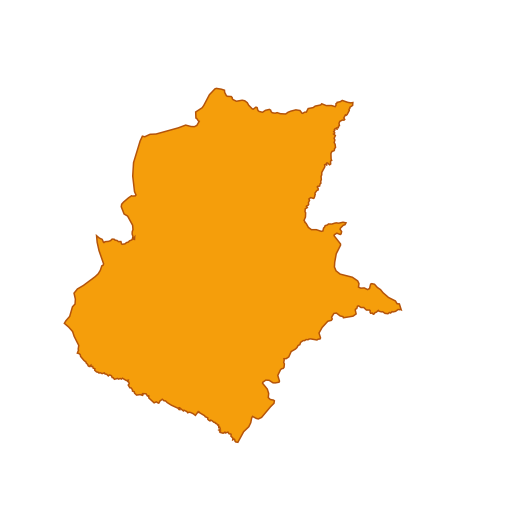 outline of Luiza, Kasaï-Occidental, Democratic Republic of the Congo, rotated 113°
{"feature_id": "63176286B81146580347594", "entity_name": "Luiza", "entity_type": "district", "adm_level": 2, "iso_a3": "COD", "parent_name": "Democratic Republic of the Congo", "parent_adm1": "Kasaï-Occidental", "projection": "albers", "projection_center": [22.518, -7.202], "detail": "fine", "context": "isolated", "style": "filled", "palette": "amber", "viewbox_px": 512, "rotation_deg": 113, "n_neighbors": 0, "source": "geoboundaries", "source_scale": "gbopen_adm2", "svg_char_len": 6141}
<svg xmlns="http://www.w3.org/2000/svg" viewBox="0 0 512 512"><g transform="rotate(113 256 256)"><path d="M248.8,101.3L244.1,105.3L244.8,107.5L242.9,110.1L242.4,117.9L240.1,124.9L238.3,128.2L237.5,132.1L235.7,135.9L236.2,138.6L237.1,139.5L241.5,138.8L243.3,140.1L243.1,143.9L244.7,147.0L244.6,149.5L241.2,150.4L239.2,152.7L237.9,159.0L239.8,171.5L238.4,176.5L235.5,179.5L231.0,181.1L222.6,183.0L213.0,182.4L211.9,182.9L206.8,192.1L205.8,192.2L203.4,190.5L203.3,186.9L202.4,186.3L200.1,186.7L198.5,189.1L197.2,189.1L193.7,187.7L192.4,186.3L190.3,186.1L190.9,189.1L193.5,192.7L194.1,195.0L195.1,196.5L197.0,198.7L198.2,201.8L199.6,202.5L201.0,204.2L202.6,204.2L203.9,204.7L206.8,204.2L207.8,205.5L208.2,210.8L210.1,215.3L209.2,219.0L206.4,222.6L205.8,224.3L205.2,224.5L204.5,225.7L200.8,225.7L196.8,227.2L196.1,228.2L193.3,229.1L191.4,227.7L190.7,229.0L190.2,229.0L189.0,227.9L187.9,227.7L186.4,228.6L183.8,228.5L182.9,229.6L180.9,228.5L180.5,225.5L179.9,225.2L177.8,225.3L177.1,225.7L176.5,225.4L175.1,226.3L172.0,225.6L170.9,224.6L169.5,225.2L168.5,226.6L167.7,226.4L166.8,224.8L164.6,225.2L163.7,224.7L161.5,225.8L160.4,225.6L157.3,227.2L155.6,227.2L153.4,228.1L146.9,227.5L145.2,228.5L144.4,227.5L144.8,225.9L143.7,227.4L142.7,227.2L142.4,226.4L143.3,223.9L142.1,223.2L139.8,224.4L139.2,224.4L138.5,223.7L137.3,224.8L132.3,227.1L130.0,226.9L128.7,225.4L127.8,225.2L126.6,225.7L125.0,225.2L122.3,226.8L121.0,228.4L118.4,228.7L117.2,230.1L114.1,230.0L113.4,232.2L112.7,231.6L111.7,231.8L111.1,233.1L109.7,232.6L108.9,233.3L107.9,232.9L107.5,231.1L106.6,231.9L105.7,230.3L104.4,230.8L103.4,230.1L101.5,231.4L99.4,231.5L97.1,229.6L96.6,228.1L95.6,227.7L94.7,229.1L91.2,228.8L91.3,228.0L90.2,227.4L85.6,227.0L84.7,227.7L83.5,227.3L82.5,227.7L79.6,225.9L76.9,226.8L78.0,228.5L78.7,231.5L79.1,237.4L81.0,238.7L82.9,241.4L83.7,241.3L84.6,241.9L86.2,241.2L87.6,241.5L88.0,245.3L90.1,250.1L90.2,255.0L91.7,255.5L94.9,260.1L97.1,261.4L99.9,265.6L103.9,265.9L104.6,267.4L106.4,268.7L106.6,269.4L104.9,272.4L105.9,276.4L109.0,280.5L111.2,282.7L113.7,284.2L115.5,289.2L115.8,292.6L117.1,294.2L117.8,297.1L117.1,298.7L116.1,299.4L115.8,300.9L118.2,304.2L121.2,306.2L121.7,309.8L121.2,311.2L119.0,312.9L118.9,313.5L119.1,314.3L121.9,315.9L122.0,317.0L120.1,321.6L118.3,323.9L117.5,327.0L118.0,329.6L121.2,334.5L121.0,338.2L120.5,339.3L119.5,339.8L118.9,341.1L120.2,344.8L120.0,345.9L117.6,348.8L115.7,349.8L116.0,353.1L117.2,358.0L118.2,359.1L125.7,361.9L137.9,362.9L140.6,363.5L147.0,367.8L152.5,365.2L152.5,364.4L154.2,361.8L154.2,360.9L158.9,361.5L161.0,363.2L162.2,366.4L163.0,371.9L168.4,377.6L182.8,395.7L185.4,401.1L189.7,405.0L190.1,407.4L195.4,407.6L217.9,405.2L230.6,400.7L244.2,393.0L246.7,390.3L247.9,390.7L249.1,393.1L249.2,394.1L252.3,396.1L258.1,399.0L260.8,399.9L263.3,399.3L268.9,393.8L269.4,389.8L275.9,381.6L279.7,379.6L282.1,379.4L284.2,378.6L286.1,376.9L287.9,376.6L287.3,375.4L286.0,375.1L288.2,374.3L288.5,376.3L289.8,376.7L291.5,378.4L293.0,378.9L294.3,380.5L296.1,381.4L297.5,383.8L297.3,384.6L295.5,386.0L296.5,388.3L296.0,390.0L296.5,391.9L296.0,392.8L296.4,394.5L297.0,395.3L298.6,395.8L300.2,397.5L301.8,400.6L302.7,400.8L303.1,401.6L300.8,404.1L300.7,407.2L299.6,410.7L305.4,407.6L312.4,402.6L322.8,393.2L324.4,393.2L325.3,394.1L330.0,393.7L334.0,394.3L337.9,396.0L350.6,403.4L356.1,407.5L361.3,409.0L366.3,405.4L370.9,403.8L374.5,405.1L384.4,403.9L389.9,405.7L392.9,406.1L394.6,400.7L397.2,395.3L401.0,392.0L407.6,384.2L411.2,383.3L412.0,382.6L415.2,382.5L415.0,380.5L415.5,379.2L417.0,378.2L419.3,373.7L420.1,371.0L420.9,370.4L421.6,368.5L422.6,367.7L422.9,366.3L421.0,365.3L422.2,364.7L421.5,363.2L422.9,362.0L422.7,360.3L424.2,359.8L425.0,357.5L424.7,355.7L425.1,354.9L424.3,353.6L424.4,351.7L422.9,349.9L423.6,348.9L423.2,347.2L424.1,345.1L422.8,344.5L422.6,343.0L422.8,342.2L424.1,340.9L423.8,339.9L424.8,338.2L422.8,335.6L423.0,334.4L421.8,333.1L421.9,331.8L420.7,331.2L421.3,326.6L420.3,325.1L421.7,325.0L421.7,324.0L423.1,322.8L424.7,323.2L425.1,322.7L426.6,320.6L426.2,319.6L427.3,317.6L428.6,316.9L428.5,315.1L429.7,314.2L430.7,311.6L428.9,308.6L428.6,305.9L427.7,305.9L427.5,306.7L426.9,306.5L425.8,303.4L427.3,301.2L426.6,300.2L428.6,299.1L431.0,292.4L429.2,290.8L429.6,288.4L429.2,287.9L427.1,287.8L424.5,286.3L425.2,284.1L424.7,282.7L425.6,280.5L426.4,275.6L426.6,268.4L427.4,266.8L427.2,266.2L425.8,267.5L425.5,267.1L427.0,262.3L426.1,262.0L426.2,258.9L427.0,257.6L425.9,256.5L425.6,254.9L425.7,252.2L426.4,249.5L421.9,248.4L422.4,247.6L421.9,247.1L422.3,246.7L423.1,240.9L423.8,240.0L423.8,237.2L425.1,236.6L425.6,235.3L425.8,233.9L424.8,233.6L424.8,232.1L425.5,229.8L425.2,228.8L425.9,227.8L425.6,226.9L426.6,225.2L426.2,224.5L428.5,223.2L427.8,222.6L429.3,221.2L430.7,222.2L431.0,220.3L432.1,220.7L432.4,220.1L432.0,217.0L430.3,215.8L430.9,215.1L429.1,213.0L430.2,211.3L429.7,209.6L430.1,209.1L431.6,208.7L432.7,206.1L434.3,205.6L433.1,204.6L433.2,204.0L434.7,202.9L435.1,202.0L434.6,199.9L422.5,198.7L416.0,195.9L411.5,195.7L406.7,196.7L405.0,196.5L405.4,192.3L405.1,190.2L402.4,187.8L389.0,183.7L384.6,181.9L382.1,182.5L381.8,183.6L382.5,186.9L381.5,189.4L377.6,190.6L374.1,193.6L370.6,200.2L369.6,200.4L366.4,198.5L365.3,195.3L366.1,190.8L365.3,188.7L363.2,185.5L362.0,185.5L357.4,189.3L351.1,189.0L349.7,188.3L348.9,187.1L347.5,186.7L344.3,187.7L343.2,188.9L340.8,189.4L339.6,190.1L338.7,188.1L336.1,186.4L330.2,186.3L326.2,183.3L324.3,182.5L321.9,182.3L320.5,181.0L318.1,181.2L315.5,179.6L314.8,178.1L313.4,177.3L312.7,175.3L311.9,174.9L311.0,173.5L309.5,167.1L308.2,166.2L307.4,164.7L306.2,164.6L302.3,167.9L295.9,167.2L288.0,164.4L285.8,161.5L284.2,161.2L282.8,162.5L278.5,161.9L277.1,159.7L278.3,155.1L277.8,152.3L278.7,151.4L273.5,143.2L270.2,141.2L267.0,143.5L266.0,143.6L265.0,142.7L262.6,143.0L261.8,142.1L262.4,139.2L261.3,136.7L262.6,133.3L261.4,130.3L261.7,129.6L263.2,129.0L263.9,128.1L263.1,126.5L263.8,125.3L263.3,124.7L261.6,124.3L260.6,123.2L258.3,122.2L258.8,121.2L258.4,118.7L257.8,117.7L258.4,114.8L257.6,112.0L255.9,111.1L255.9,109.8L254.0,109.0L254.0,108.1L252.4,105.9L249.7,104.3L249.3,102.8L248.8,102.5L248.8,101.3Z" fill="#f59e0b" stroke="#b45309" stroke-width="1.5"/></g></svg>